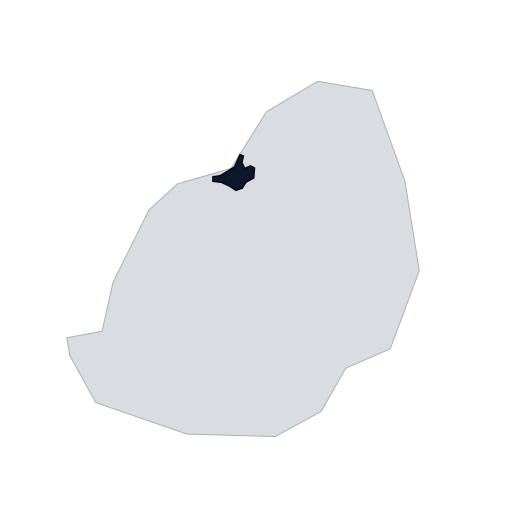 Mauritius, with Port Louis city highlighted, rotated 15°
{"feature_id": "MUS-5190", "entity_name": "Port Louis city", "entity_type": "City", "adm_level": 1, "iso_a3": "MUS", "parent_name": "Mauritius", "parent_adm1": "", "projection": "albers", "projection_center": [57.494, -20.147], "detail": "fine", "context": "in_parent", "style": "filled", "palette": "ink", "viewbox_px": 512, "rotation_deg": 15, "n_neighbors": 0, "source": "natural_earth", "source_scale": "10m", "svg_char_len": 661}
<svg xmlns="http://www.w3.org/2000/svg" viewBox="0 0 512 512"><g transform="rotate(15 256 256)"><path d="M321.4,425.4L235.4,445.9L139.2,439.1L101.7,400.1L94.5,383.9L126.8,368.5L124.7,318.5L140.7,239.3L161.3,206.8L209.3,177.8L228.8,113.9L270.3,71.3L325.4,66.1L380.3,144.9L417.5,227.9L409.7,310.9L371.7,341.2L359.2,389.2L321.4,425.4Z" fill="#d9dde1" stroke="#a8b0b8" stroke-width="1"/><path d="M193.9,190.6L200.6,187.7L212.2,175.5L214.3,162.1L218.0,162.7L218.2,169.4L222.5,174.3L227.3,170.4L231.8,171.4L233.6,181.2L227.1,187.5L225.2,194.0L219.6,197.8L212.6,195.4L203.3,193.8L195.0,195.0L193.9,190.6Z" fill="#0f172a" stroke="#020617" stroke-width="1.5"/></g></svg>